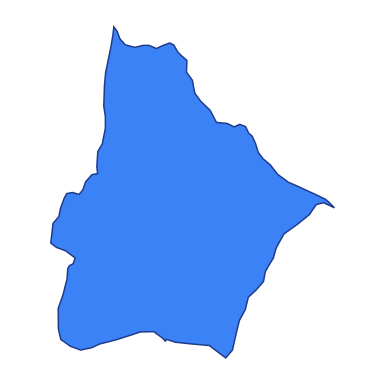 outline of Acheleia, Paphos, Cyprus, rotated 179°
{"feature_id": "46923920B16437409415047", "entity_name": "Acheleia", "entity_type": "district", "adm_level": 2, "iso_a3": "CYP", "parent_name": "Cyprus", "parent_adm1": "Paphos", "projection": "equal_earth", "projection_center": [32.481, 34.728], "detail": "fine", "context": "isolated", "style": "filled", "palette": "blue", "viewbox_px": 384, "rotation_deg": 179, "n_neighbors": 0, "source": "geoboundaries", "source_scale": "gbopen_adm2", "svg_char_len": 1441}
<svg xmlns="http://www.w3.org/2000/svg" viewBox="0 0 384 384"><g transform="rotate(179 192 192)"><path d="M49.9,173.7L55.6,179.7L58.7,182.4L69.6,187.9L75.4,190.6L84.6,195.1L95.7,200.2L106.2,208.3L113.2,217.7L120.2,223.8L125.1,230.4L127.6,239.2L130.8,246.7L134.3,249.8L137.3,256.5L143.1,258.8L148.7,256.4L155.7,259.9L166.4,261.2L172.4,273.3L181.6,282.5L187.4,290.6L188.8,298.1L189.6,303.6L195.4,311.9L194.8,323.6L200.5,328.8L203.7,332.1L207.7,339.4L211.7,341.4L218.5,339.0L225.1,336.1L232.6,339.4L238.6,339.4L246.6,337.6L256.2,340.3L258.0,342.5L261.4,346.4L264.2,354.3L267.3,358.5L267.6,356.1L268.3,350.6L270.3,339.6L276.3,312.8L277.7,299.6L278.1,291.5L278.7,279.4L277.3,268.7L277.5,257.2L280.9,241.6L285.5,234.0L286.7,219.1L286.1,212.1L291.7,211.1L298.1,204.2L301.1,196.1L304.9,191.6L311.7,193.6L317.2,192.6L319.7,188.4L323.8,178.0L325.5,169.8L331.5,163.1L333.0,151.4L334.1,143.4L328.5,139.0L319.6,135.5L309.9,128.1L312.2,122.3L316.0,120.4L317.6,117.4L318.4,107.5L322.8,91.4L327.8,78.0L328.0,57.6L326.3,49.3L325.8,46.9L316.2,39.8L306.0,35.9L294.9,38.1L287.1,41.6L270.3,45.6L254.2,50.4L246.2,53.0L232.7,53.0L223.9,46.4L221.3,43.4L220.1,45.1L211.3,42.1L197.0,40.3L177.4,38.2L161.2,25.5L154.3,33.3L149.9,51.4L146.8,62.9L140.8,73.4L137.5,85.8L129.5,93.0L122.1,101.2L120.1,111.1L116.3,117.5L111.9,124.4L108.8,134.6L100.8,148.5L87.1,157.9L74.9,167.5L68.1,177.2L60.6,179.0L49.9,173.7Z" fill="#3b82f6" stroke="#1e3a8a" stroke-width="1.5"/></g></svg>